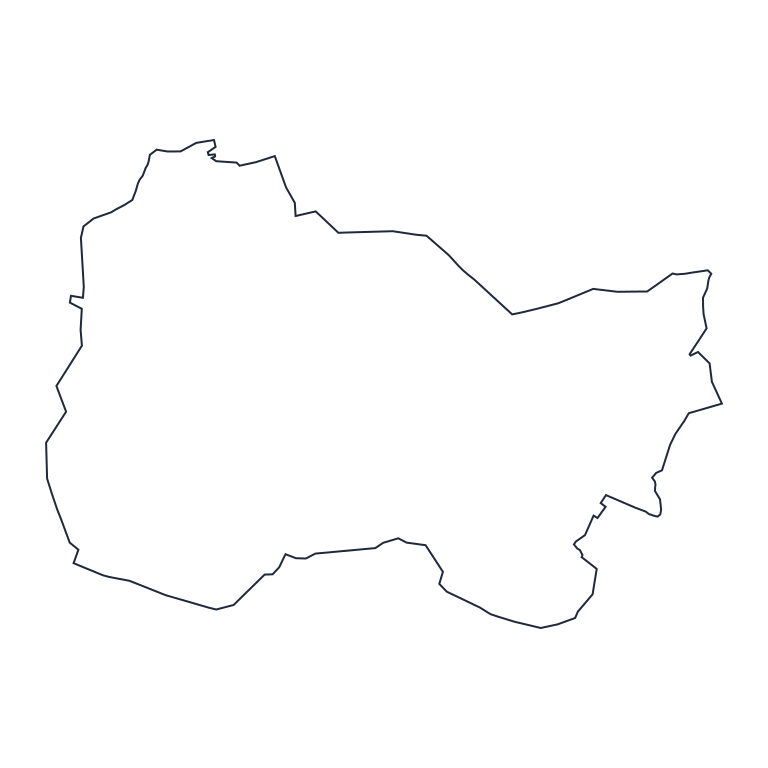 the district of Magumeri, Borno, Nigeria
{"feature_id": "59680162B56106136996502", "entity_name": "Magumeri", "entity_type": "district", "adm_level": 2, "iso_a3": "NGA", "parent_name": "Nigeria", "parent_adm1": "Borno", "projection": "albers", "projection_center": [12.709, 12.216], "detail": "fine", "context": "isolated", "style": "outline", "palette": "slate", "viewbox_px": 768, "rotation_deg": 0, "n_neighbors": 0, "source": "geoboundaries", "source_scale": "gbopen_adm2", "svg_char_len": 2063}
<svg xmlns="http://www.w3.org/2000/svg" viewBox="0 0 768 768"><path d="M180.6,151.4L167.6,151.5L156.7,149.7L149.9,154.8L148.6,161.5L147.5,165.0L145.6,168.0L144.2,171.9L142.8,175.6L139.7,179.6L137.8,183.8L135.9,190.6L132.3,200.0L128.0,202.7L124.3,205.1L124.2,205.1L116.3,209.2L111.2,212.3L93.6,218.5L83.5,226.4L80.9,237.8L83.8,287.1L82.9,297.8L71.0,295.8L69.9,302.6L81.8,308.8L80.6,329.9L81.9,345.7L56.4,386.0L66.1,411.7L46.1,442.7L47.1,478.6L52.1,494.4L57.1,509.2L61.0,519.0L69.7,542.6L78.4,549.7L73.6,563.2L103.0,575.3L109.4,577.0L129.5,580.8L165.7,595.2L208.9,607.7L216.2,609.5L233.6,605.0L264.6,574.6L272.6,574.3L279.2,567.3L285.5,554.2L295.9,558.2L305.9,558.5L315.3,553.6L375.2,548.1L375.3,548.1L383.2,542.8L398.3,538.3L406.5,542.6L425.6,545.2L442.9,571.8L439.3,583.9L446.8,591.7L479.8,607.5L490.4,614.1L497.5,616.5L514.4,621.7L532.9,626.1L540.7,628.0L557.5,624.4L575.1,618.0L577.9,611.6L592.6,594.3L596.7,568.9L581.6,557.1L582.5,555.1L579.9,550.1L577.3,548.5L573.9,544.4L575.9,541.5L585.0,535.1L593.6,515.6L597.5,518.0L605.6,506.8L600.7,503.1L606.0,495.1L635.3,507.7L645.8,511.6L648.8,514.0L654.2,515.8L657.6,516.6L660.3,514.4L660.8,511.6L661.1,509.2L660.0,499.3L654.9,490.9L655.2,486.7L655.5,484.8L654.9,481.5L652.1,477.7L656.2,472.9L662.0,470.3L670.1,444.8L675.4,433.9L684.1,421.2L688.8,413.2L721.9,403.6L711.9,381.8L709.6,363.4L698.0,352.0L690.6,355.6L689.6,354.2L697.7,342.0L706.6,328.4L703.6,314.2L703.1,306.6L703.0,297.7L707.2,288.5L708.5,280.1L709.5,276.9L711.3,273.8L707.8,270.3L692.0,272.6L684.8,273.8L676.4,274.4L672.6,273.5L647.2,291.5L633.3,291.6L617.6,291.8L593.2,288.9L574.3,296.7L558.5,303.2L535.7,309.1L521.9,312.4L512.2,314.4L474.2,279.5L468.5,275.0L463.2,270.5L458.8,266.2L455.4,262.4L448.8,255.2L426.5,235.7L415.8,234.7L408.7,233.6L392.7,231.2L343.7,232.6L338.4,232.8L315.7,211.4L295.6,216.0L294.8,202.8L286.0,187.3L274.8,156.1L255.8,162.2L239.6,165.7L236.6,162.6L216.2,161.2L211.7,158.1L215.1,156.4L214.8,154.4L208.6,155.0L207.8,152.2L215.6,146.9L214.0,140.0L196.2,142.9L180.6,151.4Z" fill="none" stroke="#1e293b" stroke-width="2"/></svg>